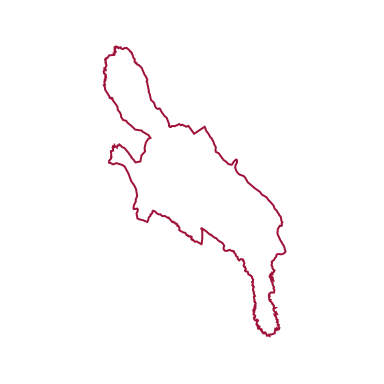 Formosa, Goiás, Brazil, rotated 146°
{"feature_id": "56859067B22046801738806", "entity_name": "Formosa", "entity_type": "district", "adm_level": 2, "iso_a3": "BRA", "parent_name": "Brazil", "parent_adm1": "Goiás", "projection": "equal_earth", "projection_center": [-47.205, -15.286], "detail": "fine", "context": "isolated", "style": "outline", "palette": "rose", "viewbox_px": 384, "rotation_deg": 146, "n_neighbors": 0, "source": "geoboundaries", "source_scale": "gbopen_adm2", "svg_char_len": 5983}
<svg xmlns="http://www.w3.org/2000/svg" viewBox="0 0 384 384"><g transform="rotate(146 192 192)"><path d="M245.9,192.2L244.4,192.9L242.0,195.1L239.8,195.5L238.9,196.6L238.1,196.3L236.5,196.9L235.2,198.3L234.6,198.2L233.4,196.1L233.0,193.6L231.8,191.8L230.6,191.1L230.6,190.1L229.9,188.4L227.9,187.3L226.3,183.8L225.7,183.8L225.1,178.1L224.4,177.9L224.5,177.3L223.4,176.6L223.5,175.6L223.2,174.6L222.5,174.4L222.4,173.1L223.1,172.2L222.3,171.5L222.5,169.2L223.9,167.5L221.9,163.4L220.4,161.9L220.6,159.3L220.1,159.0L219.9,157.7L219.5,157.8L219.3,156.9L218.0,156.2L217.5,155.1L218.2,154.9L218.2,153.1L218.8,153.2L218.6,151.8L217.8,151.5L217.4,149.1L215.8,148.4L213.4,143.5L212.9,143.7L209.5,147.7L205.2,154.0L204.7,156.5L204.1,156.4L202.1,151.2L201.1,146.9L199.9,145.8L200.1,145.2L198.9,141.7L197.8,140.2L197.3,136.9L195.2,132.5L195.4,129.3L197.4,127.8L197.8,126.4L197.6,125.0L196.2,123.7L193.2,123.0L191.7,120.5L191.0,120.3L190.4,119.3L191.0,118.7L190.6,115.9L191.3,114.7L190.6,112.5L191.4,111.0L191.4,110.0L191.1,108.9L189.4,109.2L187.5,107.6L187.6,106.7L188.1,106.4L187.8,105.9L188.4,103.6L190.5,102.1L190.5,100.5L189.9,100.2L190.4,99.3L190.3,98.1L192.0,97.3L192.1,96.5L190.4,94.8L191.3,92.1L190.1,90.4L190.2,89.7L189.8,89.1L189.7,88.2L190.4,86.7L190.2,85.3L191.6,83.8L192.3,83.8L192.1,83.0L192.7,82.8L193.2,81.4L194.1,81.0L193.8,80.2L194.2,79.4L193.8,78.8L195.9,77.3L196.5,75.9L196.5,74.4L197.5,73.6L198.0,70.5L199.2,70.7L200.5,67.7L201.1,67.1L201.1,65.7L201.6,65.7L201.5,64.0L202.5,63.3L202.7,62.6L203.2,62.9L203.9,62.5L203.8,61.1L204.2,60.4L205.3,60.9L205.5,59.6L206.2,58.9L206.9,58.6L207.1,59.2L206.7,59.8L207.2,59.9L208.0,58.0L207.7,57.5L209.4,56.4L208.8,54.0L210.0,52.8L210.9,53.3L211.4,52.5L211.6,50.8L210.4,49.1L209.5,49.8L209.1,49.1L209.2,48.4L210.5,48.1L211.6,47.3L211.9,46.0L212.5,46.1L212.6,44.7L211.9,44.4L211.4,42.7L212.4,42.4L212.9,43.3L213.6,41.8L212.0,40.8L211.1,39.1L211.7,37.7L212.1,38.3L212.0,35.2L211.3,35.4L211.0,34.6L210.4,35.0L209.9,34.7L209.7,33.1L210.3,31.1L209.5,30.9L208.3,29.3L207.7,30.6L205.7,29.4L202.5,28.6L199.7,31.8L199.4,31.2L199.1,31.8L198.2,30.9L197.8,31.4L197.6,30.7L198.2,30.0L196.6,29.6L195.4,30.6L195.6,32.3L194.4,33.2L195.2,34.0L193.5,36.4L194.2,36.9L193.0,37.8L193.1,38.5L192.6,38.4L192.9,39.7L192.1,41.4L192.4,43.6L192.1,44.4L191.1,43.3L190.2,43.9L189.8,43.5L189.6,45.1L190.2,44.9L190.5,48.4L189.9,49.4L188.0,49.4L189.0,50.1L188.4,50.4L188.0,51.9L187.6,52.1L188.0,54.3L187.5,54.7L188.3,58.4L187.2,58.6L187.9,59.9L186.9,61.8L186.1,62.0L186.4,62.8L186.0,63.4L185.5,63.0L184.7,64.5L182.6,64.5L180.4,62.8L179.7,63.3L178.5,64.7L178.3,66.7L177.2,67.3L177.0,70.2L176.1,71.2L176.2,72.8L175.4,75.4L174.9,75.0L174.7,73.8L174.1,73.1L173.9,73.9L174.4,74.3L173.2,75.4L175.1,77.9L174.7,78.8L174.2,79.1L173.1,78.0L173.1,79.8L172.4,80.1L171.2,78.9L170.6,80.3L170.0,79.8L168.4,80.1L168.1,80.9L167.5,81.0L167.9,82.0L167.9,84.0L167.0,85.6L167.1,86.8L165.5,88.2L164.8,89.7L161.8,89.9L160.2,90.9L158.7,91.1L157.0,92.7L156.0,92.7L154.1,91.6L152.8,90.3L150.6,89.7L147.9,90.1L146.1,95.3L145.7,102.8L144.5,109.6L141.7,113.2L138.1,114.9L136.7,113.8L136.1,114.1L135.2,115.9L134.1,116.2L134.0,118.1L132.4,121.5L132.3,122.5L132.7,124.0L132.3,124.9L132.5,127.2L132.2,128.7L132.8,132.2L132.0,134.9L132.6,140.3L133.1,142.3L133.2,146.1L135.5,150.7L135.6,154.1L137.7,159.5L140.3,168.8L139.9,174.1L140.3,176.5L142.9,179.9L143.5,182.6L143.3,185.8L142.5,188.1L140.9,189.9L138.4,191.1L136.9,193.2L137.4,194.3L140.7,193.7L143.3,192.4L144.6,192.9L146.4,195.2L146.6,197.5L148.0,201.2L148.2,209.2L149.8,211.9L149.2,213.5L147.2,215.8L146.9,219.2L146.1,221.7L145.7,226.1L146.2,227.0L145.8,230.5L146.0,235.4L145.3,237.2L145.1,239.0L157.7,239.1L158.0,248.8L160.2,249.3L162.5,253.3L163.8,253.5L164.7,255.5L169.3,256.1L171.4,257.7L172.6,258.1L173.2,257.7L173.9,258.2L174.1,259.0L174.1,259.8L173.1,260.9L171.5,267.7L172.4,270.9L172.4,276.2L172.0,278.6L172.3,279.5L173.8,279.9L174.7,281.6L174.6,283.8L173.6,287.1L174.5,291.4L172.4,296.6L171.8,299.5L171.2,300.0L167.8,308.2L167.9,308.9L166.3,310.0L166.1,310.6L165.6,314.3L165.8,315.4L164.3,323.1L165.2,327.2L166.1,328.1L165.9,330.1L166.5,330.1L166.8,332.0L165.2,334.1L165.5,335.9L164.5,339.2L164.6,340.4L164.1,340.7L164.3,342.7L164.8,343.2L164.6,344.6L165.6,348.0L167.8,349.2L168.9,348.9L170.3,350.1L170.3,351.6L170.8,351.4L172.7,353.9L172.9,353.2L174.1,355.3L175.0,355.4L175.5,354.9L175.1,354.6L175.3,354.0L175.8,354.1L176.1,353.3L176.8,353.1L176.8,351.2L177.4,351.4L177.3,350.8L178.7,350.6L178.8,349.8L179.4,349.4L179.7,350.0L180.0,349.2L184.3,351.6L186.8,350.5L187.4,350.8L188.3,350.4L188.6,350.8L189.5,350.0L189.8,350.5L190.2,350.2L190.4,348.5L191.2,348.0L191.1,347.1L191.7,346.8L192.0,344.9L194.5,343.3L195.4,343.6L195.4,341.9L195.1,341.5L195.5,341.1L196.5,342.2L197.6,341.5L198.6,339.6L198.1,338.8L198.4,337.8L198.0,337.3L199.1,335.2L199.5,335.6L199.7,334.8L201.0,334.5L200.9,333.3L201.7,332.8L202.2,333.2L203.4,331.8L204.3,329.4L205.4,329.8L205.7,327.1L206.3,326.6L206.8,325.2L207.0,318.0L207.6,316.1L207.1,315.2L206.9,316.0L205.6,314.4L206.1,314.0L205.9,313.4L206.3,312.2L206.1,305.3L206.3,303.8L207.6,301.7L207.3,298.4L207.6,296.1L208.8,293.8L208.8,290.1L206.7,287.8L206.8,285.9L205.1,280.0L204.2,275.5L199.3,271.0L199.2,269.5L196.2,263.3L196.2,260.1L198.5,260.5L202.6,258.8L206.8,254.9L208.2,251.9L213.4,250.6L217.7,246.2L222.1,248.0L222.4,248.8L222.3,250.7L223.0,254.6L222.5,255.1L222.9,258.6L222.7,259.4L223.4,266.1L224.9,268.5L225.0,270.0L225.7,272.0L226.5,271.5L227.6,272.2L228.3,271.6L229.2,271.7L229.5,271.1L230.2,272.7L230.2,274.0L231.2,273.0L231.9,274.1L232.9,273.3L232.9,272.3L233.4,272.1L234.3,270.4L236.4,271.2L237.8,268.5L239.5,266.4L239.2,265.9L241.1,264.7L243.2,264.3L244.4,262.7L243.4,261.7L242.0,259.0L238.5,258.2L234.6,253.3L233.6,250.6L234.4,242.7L236.3,235.1L236.2,230.1L236.8,225.7L239.6,219.5L243.1,217.0L244.0,215.4L247.2,213.8L249.7,211.1L249.7,210.3L246.6,208.8L246.8,207.7L248.0,206.3L249.9,205.4L252.0,200.7L251.1,199.0L248.4,196.0L245.9,192.2Z" fill="none" stroke="#9f1239" stroke-width="2"/></g></svg>